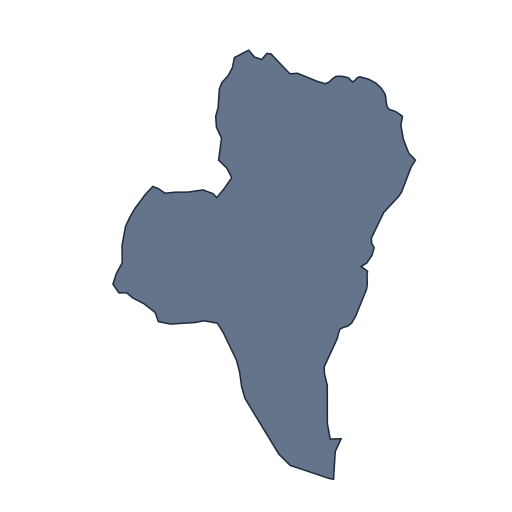 map outline of Léraba (Robinson projection), rotated 193°
{"feature_id": "BFA-2835", "entity_name": "Léraba", "entity_type": "Province", "adm_level": 1, "iso_a3": "BFA", "parent_name": "Burkina Faso", "parent_adm1": "", "projection": "robinson", "projection_center": [-5.276, 10.67], "detail": "fine", "context": "isolated", "style": "filled", "palette": "slate", "viewbox_px": 512, "rotation_deg": 193, "n_neighbors": 0, "source": "natural_earth", "source_scale": "10m", "svg_char_len": 1508}
<svg xmlns="http://www.w3.org/2000/svg" viewBox="0 0 512 512"><g transform="rotate(193 256 256)"><path d="M195.3,454.0L185.9,453.6L178.0,451.4L171.7,447.7L166.7,442.8L165.2,439.6L163.6,434.9L161.6,430.6L158.9,428.7L154.6,428.5L151.3,427.8L144.7,425.1L144.2,415.9L138.5,402.6L130.3,390.6L122.2,385.3L124.8,377.7L128.6,350.7L130.3,346.3L141.3,327.2L147.6,299.4L146.2,294.4L142.7,290.7L143.2,282.6L146.5,274.1L151.1,269.4L143.9,266.3L143.4,261.9L141.1,253.2L140.8,248.4L145.3,220.0L147.7,212.2L150.8,208.3L154.6,206.2L157.7,203.7L158.3,198.5L158.2,194.0L164.6,163.5L162.9,157.0L157.4,145.9L148.8,108.9L142.5,94.3L131.9,97.1L134.8,83.3L130.2,55.9L134.7,55.7L175.5,59.6L189.1,68.0L234.7,114.7L240.7,125.6L245.9,139.3L251.6,150.1L270.8,174.1L278.4,181.8L291.9,181.2L300.3,177.5L324.2,170.4L336.4,170.1L341.6,178.3L354.5,184.3L366.6,187.4L373.8,191.0L381.2,189.2L389.1,196.4L388.1,207.7L384.8,219.3L388.9,236.2L389.8,255.5L387.6,265.7L384.6,275.4L377.5,291.4L372.2,300.6L366.3,299.7L358.8,296.7L349.8,299.8L336.5,303.0L322.5,308.5L312.1,307.1L307.4,304.1L301.9,315.1L297.3,326.9L304.3,335.1L314.0,341.0L316.1,363.0L323.6,372.7L326.7,383.1L326.3,392.1L329.3,410.5L328.3,417.2L323.7,425.5L321.4,434.1L321.7,444.5L309.5,454.9L302.2,449.5L294.5,448.8L291.1,455.8L286.9,456.3L264.1,441.2L256.6,443.4L235.1,439.9L227.3,439.5L223.8,442.0L221.5,445.7L218.5,449.0L213.1,450.4L207.8,450.6L205.4,450.1L203.3,448.6L200.9,447.4L199.2,449.4L197.4,452.4L195.3,454.0Z" fill="#64748b" stroke="#1e293b" stroke-width="1.5"/></g></svg>